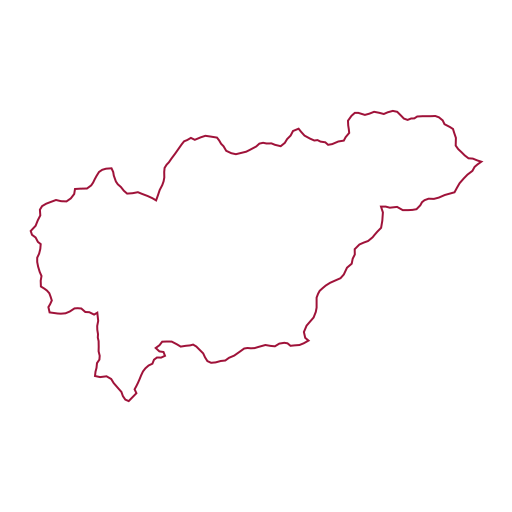 outline of Taquaritinga, São Paulo, Brazil
{"feature_id": "56859067B88772745277666", "entity_name": "Taquaritinga", "entity_type": "district", "adm_level": 2, "iso_a3": "BRA", "parent_name": "Brazil", "parent_adm1": "São Paulo", "projection": "mercator", "projection_center": [-48.54, -21.441], "detail": "fine", "context": "isolated", "style": "outline", "palette": "rose", "viewbox_px": 512, "rotation_deg": 0, "n_neighbors": 0, "source": "geoboundaries", "source_scale": "gbopen_adm2", "svg_char_len": 3563}
<svg xmlns="http://www.w3.org/2000/svg" viewBox="0 0 512 512"><path d="M75.0,189.0L74.2,194.0L70.8,198.4L66.5,201.4L61.1,201.2L56.0,200.0L50.1,202.2L46.2,203.7L42.1,206.1L39.9,209.7L40.3,215.4L37.8,220.3L35.6,225.8L30.7,231.0L32.0,234.8L35.6,237.5L37.9,241.9L40.7,244.1L40.3,248.9L39.1,253.7L37.2,257.7L37.2,262.0L38.1,266.6L39.7,271.9L41.5,276.0L40.7,280.7L40.9,286.5L44.3,288.6L46.9,290.5L49.3,293.2L50.6,296.7L51.8,300.5L50.1,304.2L48.4,307.1L49.6,312.4L57.6,313.5L60.7,313.7L65.5,313.3L69.8,311.5L74.5,308.4L77.7,308.2L81.3,308.5L85.3,312.0L89.3,312.2L94.1,314.6L97.3,312.7L98.2,320.9L97.2,326.0L97.3,329.8L98.0,334.2L97.8,337.6L98.6,341.1L98.7,346.8L98.6,351.3L99.7,355.8L99.4,359.6L97.0,363.1L96.5,367.9L95.5,371.7L95.0,376.0L100.1,377.1L106.5,376.3L111.2,379.0L113.7,383.1L119.0,389.2L121.4,391.9L122.9,396.1L125.3,399.6L128.7,401.1L132.8,396.9L136.4,393.2L134.6,389.3L136.2,386.4L137.9,383.0L139.7,378.9L141.1,375.4L143.0,371.4L145.4,368.3L148.6,365.5L152.4,363.7L154.0,359.7L157.0,357.5L161.1,357.6L165.0,355.8L163.5,352.0L159.4,351.4L155.7,348.0L159.5,345.2L162.2,341.7L167.2,341.5L171.7,341.6L176.9,344.3L180.7,346.6L185.8,345.8L190.1,345.4L193.1,344.6L196.3,346.5L199.4,349.6L203.2,353.4L205.0,357.3L207.4,361.1L211.1,362.8L215.6,362.4L220.7,361.0L225.3,360.5L229.0,357.8L234.2,355.6L239.9,351.6L244.2,348.5L247.5,348.0L250.9,348.3L254.6,348.1L258.2,347.0L265.4,345.0L270.6,345.9L274.9,346.3L279.3,343.6L284.3,342.8L287.5,343.3L290.5,345.8L294.2,345.4L299.5,345.0L303.7,343.3L308.5,340.6L305.2,337.8L303.9,332.0L306.6,325.6L313.6,317.5L315.8,311.9L316.6,307.6L316.6,302.1L316.6,297.6L318.1,293.7L319.7,290.8L322.8,288.0L325.8,285.5L330.1,282.8L335.5,280.4L340.5,278.2L343.8,274.5L347.0,267.7L351.7,263.7L352.7,258.7L354.8,254.5L354.7,249.2L359.4,244.5L363.7,242.6L368.1,241.0L372.6,237.3L374.6,234.8L377.2,231.8L381.1,227.8L382.3,220.8L382.9,212.4L381.0,206.6L385.7,206.6L389.8,207.7L397.1,206.9L402.7,210.1L408.6,210.1L412.4,209.9L416.5,209.2L420.3,205.3L422.0,202.2L424.5,200.2L428.6,198.7L433.9,198.9L438.8,197.6L444.8,195.0L454.5,192.3L457.0,187.7L459.6,183.2L463.8,178.4L467.5,174.6L472.4,170.9L474.6,166.9L477.4,164.5L481.3,161.7L477.5,160.5L472.8,158.6L468.5,158.3L464.7,155.4L461.6,152.3L458.2,149.1L455.7,145.6L455.9,137.9L454.1,132.6L453.0,129.0L449.9,127.0L444.5,124.2L442.7,120.4L438.9,117.3L435.3,116.0L430.7,116.2L422.7,116.2L417.2,116.5L414.3,118.4L411.1,118.5L407.6,119.9L403.9,118.6L401.2,115.8L397.2,111.8L392.8,110.9L387.7,112.3L383.8,114.0L379.2,112.8L374.1,111.8L369.3,113.7L364.9,114.9L358.4,112.9L354.8,112.9L351.5,115.8L348.0,120.7L348.2,125.3L348.8,129.2L349.2,132.9L345.6,137.2L343.8,140.6L338.3,141.5L332.2,144.1L328.1,144.8L325.3,142.3L320.5,141.6L317.5,140.1L314.3,140.5L310.0,138.6L304.5,135.6L300.9,131.6L298.6,128.7L293.0,131.0L290.6,135.6L287.1,139.1L284.8,142.9L280.7,146.2L274.9,144.8L271.5,143.4L266.6,143.5L263.1,142.8L259.4,143.6L256.2,146.5L249.6,150.0L246.2,151.7L235.9,154.2L231.3,153.2L226.2,150.8L223.5,146.2L221.1,143.8L219.2,140.5L217.0,137.6L210.9,136.6L205.4,135.8L200.8,137.3L194.8,139.8L190.9,137.9L187.1,140.1L184.1,141.3L181.7,144.3L175.1,153.7L171.5,158.5L168.9,162.3L166.6,164.7L164.6,167.9L164.2,171.9L164.3,177.5L163.6,181.3L162.3,185.0L159.7,190.0L158.0,195.1L156.1,200.4L152.4,198.2L147.6,196.0L141.8,193.8L137.9,192.2L132.6,193.2L127.1,193.6L123.8,190.7L120.9,187.0L117.8,184.3L115.9,181.5L113.8,175.6L113.2,172.0L111.5,168.3L106.0,168.7L102.2,169.8L99.0,172.0L96.5,176.0L94.7,179.3L93.1,182.6L91.2,185.4L87.0,188.5L79.7,188.7L75.0,189.0Z" fill="none" stroke="#9f1239" stroke-width="2"/></svg>